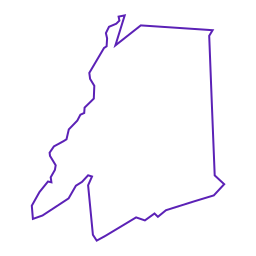 outline of Uchtepa, Tashkent, Uzbekistan
{"feature_id": "79887680B78178339313098", "entity_name": "Uchtepa", "entity_type": "district", "adm_level": 2, "iso_a3": "UZB", "parent_name": "Uzbekistan", "parent_adm1": "Tashkent", "projection": "robinson", "projection_center": [69.122, 41.261], "detail": "fine", "context": "isolated", "style": "outline", "palette": "violet", "viewbox_px": 256, "rotation_deg": 0, "n_neighbors": 0, "source": "geoboundaries", "source_scale": "gbopen_adm2", "svg_char_len": 750}
<svg xmlns="http://www.w3.org/2000/svg" viewBox="0 0 256 256"><path d="M96.7,240.6L105.5,235.8L136.1,217.4L144.9,220.4L154.5,213.5L157.9,216.8L166.0,210.2L194.3,201.3L213.8,195.4L224.2,184.2L214.7,175.4L211.9,105.3L209.2,35.8L212.6,30.2L140.8,25.4L115.4,45.4L124.7,15.4L118.6,16.6L119.4,20.6L116.3,23.7L109.0,26.8L105.9,33.1L107.1,38.4L106.6,46.3L104.0,48.0L89.3,72.9L90.1,78.9L94.3,85.8L93.8,98.6L84.6,107.6L84.2,113.0L80.4,114.7L77.3,120.6L68.8,129.4L66.5,139.3L63.8,141.0L53.9,146.4L49.6,152.7L50.0,155.9L55.7,165.3L54.9,169.9L50.7,177.3L51.4,182.3L48.0,181.5L39.5,192.0L31.8,205.7L32.9,218.9L42.5,215.5L68.6,198.4L75.9,185.7L82.0,181.9L88.1,175.3L92.0,176.5L88.1,185.3L92.9,234.8L96.7,240.6Z" fill="none" stroke="#5b21b6" stroke-width="2"/></svg>